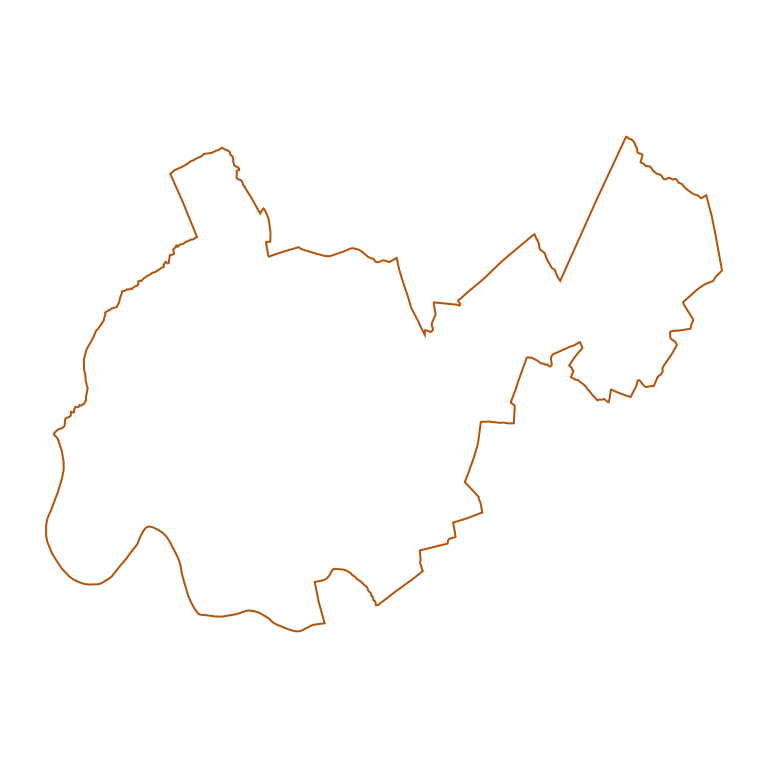 outline of Bang Khonthi, Samut Songkhram, Thailand
{"feature_id": "78962969B68026694261665", "entity_name": "Bang Khonthi", "entity_type": "district", "adm_level": 2, "iso_a3": "THA", "parent_name": "Thailand", "parent_adm1": "Samut Songkhram", "projection": "equal_earth", "projection_center": [99.954, 13.478], "detail": "fine", "context": "isolated", "style": "outline", "palette": "amber", "viewbox_px": 768, "rotation_deg": 0, "n_neighbors": 0, "source": "geoboundaries", "source_scale": "gbopen_adm2", "svg_char_len": 6062}
<svg xmlns="http://www.w3.org/2000/svg" viewBox="0 0 768 768"><path d="M653.8,386.2L657.5,377.2L658.6,376.0L660.3,375.1L662.7,371.6L662.4,368.7L663.6,365.9L671.5,354.5L676.8,345.3L676.7,344.7L675.3,341.8L671.3,339.1L670.5,338.0L670.2,336.1L670.1,332.0L671.0,331.3L683.1,330.0L690.5,328.7L691.3,324.5L693.2,320.4L693.1,319.4L684.3,305.2L683.2,303.0L683.2,302.1L696.8,289.9L701.4,286.4L705.6,283.9L713.0,281.1L715.8,276.6L721.7,270.9L721.9,269.9L715.5,234.9L711.7,215.8L706.2,195.2L701.3,198.3L697.6,195.3L693.2,194.0L688.2,190.4L685.3,188.0L681.9,184.0L678.8,182.8L676.4,179.3L675.1,179.0L672.6,179.5L669.8,177.9L668.7,177.7L665.8,179.3L664.2,179.2L663.4,178.6L661.0,175.1L656.3,173.4L653.2,170.8L650.2,166.6L645.8,165.9L642.8,163.3L640.8,162.5L640.6,161.7L642.5,155.6L642.3,154.7L641.7,154.0L639.4,153.5L637.7,152.7L636.9,148.2L635.7,146.0L634.4,142.7L633.4,141.2L631.3,139.3L629.2,139.0L626.6,136.7L626.0,136.9L596.5,200.0L560.2,280.9L557.2,276.4L554.9,270.0L551.8,267.9L547.9,261.1L546.9,259.3L544.5,252.8L540.1,249.6L539.5,248.1L538.7,243.0L535.9,237.5L534.5,234.2L533.2,235.0L507.1,256.8L499.0,264.0L483.3,279.2L467.1,292.7L459.9,299.2L458.3,300.2L458.1,301.1L460.1,303.6L460.2,304.7L459.8,305.4L459.0,305.5L457.0,304.7L433.9,302.4L433.8,304.3L435.6,314.6L431.8,323.2L431.8,325.5L432.9,328.6L432.9,329.7L432.3,330.8L430.6,332.0L426.4,330.3L425.3,330.1L425.0,330.7L424.8,334.9L419.8,325.0L418.5,321.8L411.2,307.8L407.7,295.9L402.9,281.9L399.2,269.6L396.6,257.9L389.3,262.1L383.7,260.3L381.9,260.6L379.1,262.0L377.2,262.2L375.5,261.7L373.8,259.1L373.2,258.7L370.6,258.2L367.8,256.6L361.2,251.1L358.2,249.5L352.9,248.2L350.4,248.5L343.9,251.4L331.1,255.8L328.6,256.2L325.0,256.0L314.1,253.1L302.4,249.4L300.3,248.4L298.6,247.2L280.5,252.6L268.9,256.6L268.2,255.1L266.0,242.4L266.5,241.9L270.3,241.7L270.5,232.6L268.9,220.1L266.9,214.5L264.5,209.6L263.5,208.5L261.5,210.9L260.2,213.5L259.6,212.5L251.1,197.4L245.2,188.0L244.5,186.2L243.4,185.6L242.9,183.6L241.7,180.9L241.0,180.2L238.5,179.4L236.6,177.9L236.5,176.6L237.0,173.7L236.5,171.6L236.8,170.8L237.5,170.4L239.0,170.2L239.2,169.8L239.1,168.8L238.4,167.7L234.1,165.4L234.0,163.7L233.1,162.0L233.3,159.8L232.9,158.8L232.6,156.4L231.3,155.6L230.2,154.4L229.9,152.1L227.6,150.5L225.0,149.5L222.0,147.8L218.2,150.2L216.4,150.6L211.2,153.0L204.0,153.9L200.7,156.7L195.5,158.8L193.7,160.3L191.1,160.9L188.3,163.3L181.6,167.1L174.7,170.1L170.3,173.9L182.4,201.1L197.0,237.0L192.9,239.5L190.3,239.8L188.2,241.1L185.8,241.7L183.4,243.8L179.9,244.6L177.8,246.8L177.3,246.7L176.7,245.3L176.3,245.3L175.4,247.6L174.0,248.5L173.2,249.7L173.3,250.7L174.1,253.1L174.0,253.7L172.6,254.7L170.6,254.8L169.8,255.3L168.9,262.1L168.5,263.1L167.5,263.3L166.0,261.9L165.4,261.9L164.5,263.8L163.4,264.5L164.0,266.3L163.7,267.1L161.4,267.8L159.5,269.3L155.2,272.0L152.2,272.9L150.4,274.5L148.6,275.2L144.2,278.1L143.0,279.0L141.9,280.5L140.5,281.0L139.5,280.7L138.8,280.9L138.1,281.9L138.4,284.0L138.1,284.7L136.7,285.9L135.3,286.3L133.6,287.3L131.8,289.1L130.6,288.5L128.9,289.6L127.0,289.3L124.8,290.8L122.4,291.2L119.9,298.6L118.8,303.1L117.6,305.1L116.9,306.9L112.2,308.3L105.2,312.5L105.1,313.1L105.4,314.9L104.0,318.3L103.8,320.4L98.2,328.7L96.1,330.7L93.6,336.7L91.3,341.2L86.7,349.0L83.8,359.7L84.1,369.7L85.3,374.6L85.8,381.4L86.3,382.9L86.8,386.0L87.7,387.9L86.0,396.8L86.0,400.5L85.0,401.6L84.2,403.8L82.6,404.3L81.5,405.5L80.8,405.6L79.6,405.0L79.0,406.5L77.9,407.3L76.1,406.7L75.4,407.0L74.1,409.5L74.0,412.2L72.7,412.4L71.0,411.8L70.7,415.7L68.8,417.2L66.3,417.9L65.4,418.8L65.0,420.3L64.7,425.2L64.0,426.7L61.8,428.3L59.3,428.9L57.8,429.6L54.8,432.5L53.8,434.3L57.2,438.1L58.5,440.8L61.7,450.5L63.6,461.5L63.7,468.8L63.5,470.8L61.7,479.5L57.8,492.2L51.3,509.5L48.0,517.1L47.2,519.4L46.1,525.5L46.1,534.3L46.3,536.7L47.2,541.3L48.1,543.8L52.0,553.2L57.7,562.5L62.2,569.0L69.4,576.6L73.2,579.4L78.0,581.7L84.0,583.9L88.6,584.5L97.2,584.3L100.3,583.7L102.9,582.4L109.8,578.0L111.9,576.3L120.4,565.5L126.4,558.6L130.5,552.8L136.8,544.9L137.4,544.0L140.1,537.1L142.1,533.0L144.6,529.1L146.4,527.4L147.6,526.8L150.0,526.6L152.9,527.3L158.4,530.0L162.5,532.7L165.8,535.9L168.7,539.9L170.6,543.2L177.5,556.8L179.0,560.3L180.5,565.2L181.5,571.6L182.5,576.3L188.2,595.8L191.0,602.2L194.5,608.7L198.1,613.5L200.2,614.6L202.9,615.0L206.2,615.2L215.4,616.5L222.4,616.6L236.7,614.1L247.0,610.6L248.9,610.5L251.5,610.8L255.0,611.4L259.7,613.0L268.8,618.4L272.9,622.4L276.9,624.7L289.2,629.6L292.6,630.6L295.5,631.3L299.5,631.2L302.0,630.4L310.4,626.0L313.3,624.8L324.6,623.3L318.8,602.3L314.7,582.0L322.4,580.5L325.3,579.4L327.0,578.2L329.1,575.9L331.7,571.0L333.3,569.2L334.8,568.8L343.7,569.6L347.6,571.2L350.9,573.2L352.0,574.8L352.5,574.9L353.3,575.9L354.6,576.4L357.0,579.1L360.8,581.5L363.9,584.6L366.5,586.7L367.4,588.1L368.5,591.0L371.0,593.4L371.3,594.0L371.3,595.5L372.9,597.2L373.3,599.9L375.1,601.3L375.6,602.9L375.8,605.2L377.8,605.2L395.7,591.4L412.4,579.3L422.8,571.1L422.3,570.6L422.0,568.6L420.1,562.9L420.6,559.5L419.8,550.4L447.6,543.6L448.2,540.1L448.9,539.0L455.5,537.0L454.9,532.2L453.1,522.6L465.9,518.7L482.2,512.5L480.6,503.0L478.9,499.1L478.6,496.8L464.8,482.1L468.6,472.4L473.7,457.9L477.3,446.0L478.3,441.2L480.8,422.2L481.5,421.7L485.4,421.8L488.1,421.5L499.7,422.8L503.9,422.6L508.4,423.4L513.8,423.3L514.8,405.9L514.5,405.3L510.9,402.8L510.8,402.1L516.2,387.9L518.3,381.1L526.8,357.6L531.6,357.6L537.2,360.5L540.6,363.1L544.7,364.1L545.6,364.8L547.1,364.5L549.3,366.3L550.4,366.6L551.8,364.7L551.0,359.5L551.2,357.2L551.8,355.7L553.0,354.3L569.6,346.9L574.0,345.4L579.8,342.0L582.0,346.7L582.3,347.8L582.2,348.4L578.2,352.8L574.4,357.6L569.2,365.4L569.3,365.8L571.8,367.9L572.2,369.4L573.5,371.1L570.9,377.1L575.5,379.7L577.6,379.9L585.5,386.0L587.3,389.0L589.5,391.2L593.2,395.9L597.5,400.3L599.5,399.5L602.1,399.7L604.1,398.9L608.0,402.2L608.6,402.2L609.2,400.6L610.9,389.9L611.3,389.5L615.8,391.7L625.5,395.4L630.6,397.0L636.4,385.8L637.3,381.5L638.4,380.2L639.1,380.2L639.8,380.7L644.3,386.1L645.3,386.8L646.9,386.9L651.9,385.9L653.8,386.2Z" fill="none" stroke="#b45309" stroke-width="2"/></svg>